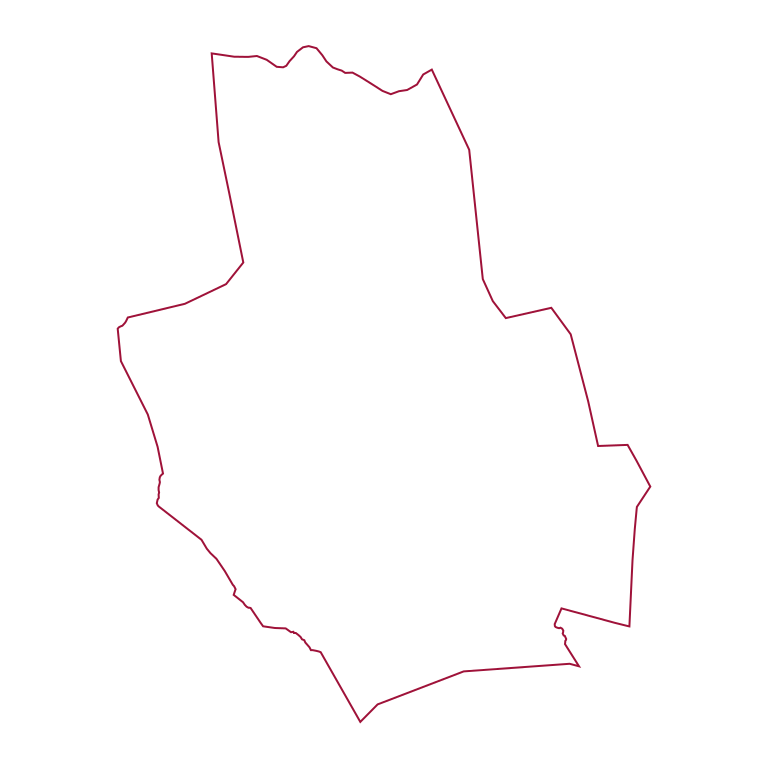 Aleiro, Kebbi, Nigeria
{"feature_id": "59680162B45442733436767", "entity_name": "Aleiro", "entity_type": "district", "adm_level": 2, "iso_a3": "NGA", "parent_name": "Nigeria", "parent_adm1": "Kebbi", "projection": "equal_earth", "projection_center": [4.44, 12.319], "detail": "fine", "context": "isolated", "style": "outline", "palette": "rose", "viewbox_px": 768, "rotation_deg": 0, "n_neighbors": 0, "source": "geoboundaries", "source_scale": "gbopen_adm2", "svg_char_len": 1920}
<svg xmlns="http://www.w3.org/2000/svg" viewBox="0 0 768 768"><path d="M127.8,317.5L126.2,320.9L125.2,322.6L123.7,324.3L122.4,325.7L120.6,326.4L118.9,327.3L117.7,328.7L120.9,361.1L147.8,414.5L157.6,446.8L162.6,471.6L163.0,473.6L161.9,474.5L160.6,475.8L159.8,477.3L159.4,479.8L159.9,482.1L159.6,483.7L158.6,487.2L158.6,490.1L159.1,492.5L158.6,494.5L158.8,497.9L157.6,499.6L156.8,503.2L157.8,505.5L158.9,506.6L201.5,539.8L206.8,548.7L210.5,553.2L216.5,558.9L224.8,571.1L232.8,584.8L234.1,586.2L235.6,589.2L235.3,590.0L233.7,594.9L236.4,597.0L241.7,601.2L243.1,602.3L243.6,603.1L244.3,604.1L245.0,605.1L245.4,605.4L246.0,606.1L246.7,606.8L247.6,607.2L248.1,607.6L248.7,607.8L249.3,607.7L250.6,608.0L260.6,622.8L263.1,626.3L274.9,628.0L285.7,628.4L291.0,632.2L293.4,631.8L293.9,633.0L295.8,633.0L298.4,635.0L300.6,637.0L302.0,639.3L304.3,640.2L305.3,642.5L309.5,647.3L310.9,650.1L312.5,650.1L316.5,650.9L318.9,651.5L320.7,652.2L360.3,721.9L377.6,704.4L463.7,671.4L569.4,663.8L569.7,663.8L579.0,666.3L565.0,644.1L565.2,642.5L565.3,640.9L566.0,639.9L566.2,639.0L564.8,635.9L563.7,635.5L562.7,633.5L563.1,632.3L563.3,630.6L562.2,628.7L560.5,627.7L559.1,628.2L557.2,627.7L555.6,627.0L554.9,626.1L554.7,624.1L561.5,608.4L614.7,622.8L628.0,626.1L629.4,626.4L632.5,560.4L634.8,528.9L636.7,508.6L636.9,506.9L648.3,489.6L650.3,486.6L636.5,460.7L629.0,447.4L627.6,444.9L598.1,446.0L588.2,401.4L570.7,334.3L551.3,307.8L505.8,318.1L492.8,301.1L482.8,279.1L469.2,149.8L431.8,69.6L423.2,74.5L417.0,84.5L407.1,90.0L399.0,91.2L390.8,94.2L382.5,90.9L372.5,84.5L359.9,76.6L352.5,72.6L345.2,72.9L341.7,70.6L337.6,69.3L332.9,67.5L326.4,61.4L322.3,55.2L316.5,48.2L308.7,46.1L303.0,47.3L297.0,51.9L294.0,56.3L289.5,61.2L286.3,65.8L283.1,67.3L276.7,66.8L266.7,59.8L256.9,56.0L248.1,56.9L234.1,56.7L222.0,54.9L211.7,53.4L218.6,142.1L229.3,193.5L243.3,262.5L226.1,284.1L184.9,303.8L127.8,317.5Z" fill="none" stroke="#9f1239" stroke-width="2"/></svg>